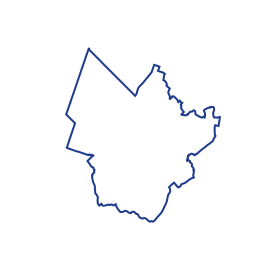 the district of Nong Khae, Saraburi, Thailand, rotated 135°
{"feature_id": "78962969B39575483913595", "entity_name": "Nong Khae", "entity_type": "district", "adm_level": 2, "iso_a3": "THA", "parent_name": "Thailand", "parent_adm1": "Saraburi", "projection": "mercator", "projection_center": [100.849, 14.353], "detail": "fine", "context": "isolated", "style": "outline", "palette": "blue", "viewbox_px": 256, "rotation_deg": 135, "n_neighbors": 0, "source": "geoboundaries", "source_scale": "gbopen_adm2", "svg_char_len": 5403}
<svg xmlns="http://www.w3.org/2000/svg" viewBox="0 0 256 256"><g transform="rotate(135 128 128)"><path d="M116.5,46.4L115.8,47.9L115.4,48.4L114.9,48.7L113.5,49.6L112.8,50.1L112.2,50.9L111.6,51.9L111.0,51.6L110.1,53.6L110.0,53.8L110.0,54.8L110.0,55.3L109.7,56.1L108.6,56.8L108.3,57.1L108.3,57.4L108.2,58.3L108.3,59.4L108.4,59.8L108.2,59.9L107.9,60.3L107.7,60.8L107.7,61.6L107.9,62.1L108.3,62.4L108.6,62.6L109.3,62.7L109.4,62.9L109.4,63.0L109.1,63.4L108.6,63.5L108.2,63.7L108.1,64.1L107.9,64.1L107.5,64.0L107.2,64.0L107.1,64.4L106.7,64.6L106.5,65.1L106.4,65.2L104.8,66.1L104.0,65.9L104.0,65.5L104.0,65.4L103.5,65.5L102.2,65.4L101.8,65.3L101.4,65.0L101.1,64.5L100.9,64.5L100.5,63.6L100.5,63.2L100.3,61.9L99.4,61.9L99.3,61.5L99.2,61.4L98.3,61.1L98.2,61.2L98.1,61.4L96.8,60.9L96.3,61.0L94.4,60.8L90.9,60.6L88.0,60.1L83.8,59.7L81.0,59.2L79.6,59.1L77.9,58.8L77.4,58.9L75.8,59.3L75.7,59.3L75.6,59.5L74.4,60.0L74.0,60.1L72.4,60.2L72.1,60.4L71.9,60.9L71.6,60.9L71.5,61.5L70.6,62.6L69.1,64.4L67.7,65.7L66.7,66.8L65.6,67.6L65.0,68.0L64.4,68.3L62.5,65.4L55.6,70.5L55.3,70.8L57.4,72.2L59.6,74.5L59.3,75.5L59.1,76.0L58.8,76.5L57.6,77.9L57.0,78.5L56.5,78.8L56.1,79.0L54.7,79.6L54.2,80.1L53.6,80.6L53.0,81.6L52.9,81.7L52.9,82.1L53.0,82.9L53.7,83.4L54.3,84.0L55.0,84.1L55.2,84.6L55.2,84.8L56.2,84.8L56.7,85.3L57.4,85.8L58.9,86.1L60.1,86.6L61.1,86.7L62.1,86.6L62.9,84.6L63.3,83.9L63.9,83.2L64.5,82.6L65.0,82.1L65.5,81.8L66.4,81.3L66.5,82.6L67.9,82.9L68.4,83.1L68.5,83.3L69.7,85.9L69.6,86.4L70.3,88.5L70.5,89.8L70.5,90.4L70.4,90.5L70.2,90.7L69.7,90.9L69.0,91.9L68.7,92.6L68.6,93.6L68.9,93.9L69.8,94.2L71.1,94.3L72.1,95.2L72.7,95.5L73.8,95.6L74.7,95.4L76.0,95.7L76.3,95.2L76.8,95.5L77.2,95.9L77.8,96.0L78.3,96.0L78.5,96.2L78.8,96.9L80.8,99.5L80.7,99.8L80.3,99.9L79.7,99.9L78.0,99.7L77.5,99.8L77.2,99.9L77.1,100.0L77.1,101.8L76.2,104.7L76.1,105.0L75.9,105.2L74.9,105.6L74.6,105.9L74.4,106.4L74.4,107.0L74.0,107.4L73.4,107.3L72.9,107.3L71.9,107.4L72.3,108.8L72.4,109.1L72.3,109.6L72.2,109.6L72.1,110.7L73.7,110.8L74.1,110.8L73.7,112.0L73.4,112.1L73.2,112.8L73.2,113.5L73.2,115.4L73.1,116.8L73.3,117.9L73.5,118.3L73.7,118.6L74.0,118.9L75.0,119.1L75.4,118.6L75.5,118.5L76.0,119.1L76.5,119.3L76.8,119.3L77.3,118.8L77.4,118.7L77.6,118.8L77.8,118.9L77.8,119.3L77.7,119.4L77.2,119.6L76.2,120.5L75.5,122.1L75.3,122.6L75.1,123.3L75.0,123.6L74.6,124.4L74.3,124.8L74.2,124.9L73.4,125.2L73.0,125.5L70.7,126.2L70.6,126.3L70.6,126.5L70.7,126.8L70.7,127.9L70.8,129.3L70.9,130.0L70.9,130.6L70.8,130.8L70.1,131.0L69.4,131.9L69.1,132.5L68.7,134.2L68.6,135.1L68.7,135.7L69.1,136.7L69.1,136.9L69.1,137.0L66.6,138.6L66.3,138.9L65.7,139.6L63.9,140.1L63.7,140.1L64.0,142.3L66.4,147.1L62.4,149.1L64.1,152.7L64.8,154.1L67.7,152.8L71.9,150.7L85.7,149.3L91.7,149.2L92.6,148.9L93.4,148.6L94.4,148.1L97.3,146.4L98.0,146.1L98.9,145.9L100.2,145.7L100.2,160.8L100.2,161.8L100.2,165.1L100.2,171.0L100.2,176.1L100.2,179.5L100.2,186.5L100.2,193.4L100.1,194.0L100.1,208.6L100.1,210.2L100.0,210.5L99.7,211.3L98.9,212.2L102.8,210.4L141.2,191.5L150.9,186.8L150.9,186.6L151.4,186.5L162.1,181.3L162.1,181.2L162.1,168.8L178.7,160.6L179.6,160.1L184.7,157.6L185.2,157.4L185.1,156.8L181.0,148.1L180.5,147.2L180.0,146.7L175.4,137.2L175.2,136.8L174.9,136.6L174.3,136.7L173.7,136.4L173.7,135.3L173.5,134.9L173.4,134.4L172.5,134.5L172.4,134.5L172.2,133.6L172.1,133.1L172.8,133.1L173.2,133.2L175.4,133.3L180.0,133.3L180.6,129.3L181.1,127.5L181.1,126.9L181.2,126.0L181.1,125.5L180.6,125.0L180.4,124.7L180.9,123.9L181.3,122.9L181.2,122.5L181.2,122.4L181.5,122.2L181.6,121.8L181.7,121.7L181.9,121.6L182.3,121.6L183.1,120.7L183.5,120.3L184.3,120.6L184.9,120.5L185.8,120.3L186.5,120.3L186.7,119.8L186.8,119.5L187.3,119.5L187.4,119.4L187.5,119.3L189.0,117.4L190.2,115.6L190.9,114.4L192.5,110.4L192.8,110.1L193.2,109.6L194.0,108.9L194.4,108.4L194.9,107.7L197.2,105.1L197.4,104.4L197.3,103.7L197.7,101.7L197.8,101.6L198.0,101.1L198.5,99.9L199.6,99.4L200.1,99.0L200.6,98.5L201.9,96.9L202.8,95.8L203.0,94.4L203.1,93.4L202.0,93.4L200.4,93.2L200.4,92.8L200.9,91.6L200.5,90.5L200.2,90.2L199.8,89.9L197.0,88.2L196.0,87.7L195.8,87.6L195.7,87.3L195.6,86.7L195.4,86.4L194.0,85.8L193.6,85.5L193.4,84.9L193.0,83.6L192.8,83.4L192.3,83.1L190.6,82.8L191.7,80.6L192.0,79.8L192.3,78.8L192.4,78.2L192.8,74.9L192.8,74.0L192.5,73.6L192.0,73.1L191.4,72.7L189.8,71.9L188.2,71.2L187.9,70.6L187.5,69.4L187.4,68.5L187.4,67.9L187.2,67.4L186.3,65.8L185.5,65.8L184.8,65.9L184.5,65.8L184.2,65.7L183.7,65.2L183.4,64.9L183.1,64.6L183.0,64.2L182.9,63.9L182.9,62.7L182.9,61.6L182.8,61.3L182.3,60.8L182.2,60.5L182.2,59.7L182.4,59.0L182.8,57.9L182.9,57.4L182.8,57.2L182.9,56.9L182.9,56.6L182.9,56.1L182.7,55.4L182.4,54.8L182.1,54.2L181.7,53.7L181.1,53.2L180.5,53.0L180.0,52.6L179.8,52.4L179.5,51.6L179.3,50.7L179.2,49.8L179.2,48.5L178.9,46.5L178.7,46.2L177.8,45.9L177.3,45.6L177.2,45.5L176.9,44.5L176.7,44.3L176.1,44.1L175.0,43.8L173.5,43.9L172.4,44.0L171.7,44.1L165.7,44.4L164.1,44.6L163.2,44.7L162.6,44.9L160.2,45.8L155.3,47.5L154.1,47.9L152.8,48.6L152.0,48.9L148.6,51.3L147.7,51.8L146.8,52.3L145.8,52.5L145.0,52.7L144.2,52.8L143.8,52.9L143.1,53.3L142.5,53.9L141.9,54.7L141.2,55.8L140.9,56.7L140.9,57.1L140.6,57.1L137.4,57.1L135.0,56.9L134.1,56.8L134.2,55.2L134.6,51.8L134.4,50.4L134.1,50.1L133.8,50.0L133.4,50.0L133.2,49.9L131.9,49.9L129.8,50.4L129.1,50.2L128.1,49.5L126.0,48.7L124.7,48.6L122.8,48.3L121.4,48.3L120.1,47.8L119.5,47.8L118.6,47.5L116.5,46.4Z" fill="none" stroke="#1e3a8a" stroke-width="2"/></g></svg>